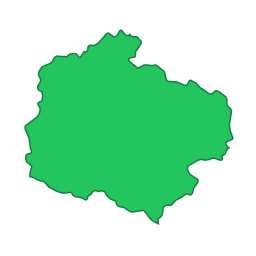 an SVG outline of Vysočina, rotated 175°
{"feature_id": "CZE-1594", "entity_name": "Vysočina", "entity_type": "Region", "adm_level": 1, "iso_a3": "CZE", "parent_name": "Czechia", "parent_adm1": "", "projection": "albers", "projection_center": [15.646, 49.41], "detail": "fine", "context": "isolated", "style": "filled", "palette": "green", "viewbox_px": 256, "rotation_deg": 175, "n_neighbors": 0, "source": "natural_earth", "source_scale": "10m", "svg_char_len": 4105}
<svg xmlns="http://www.w3.org/2000/svg" viewBox="0 0 256 256"><g transform="rotate(175 128 128)"><path d="M230.0,88.1L229.7,90.4L229.1,92.9L227.4,97.1L227.4,98.2L227.8,99.1L231.6,102.8L232.1,103.9L232.4,105.1L232.5,106.4L232.4,107.7L232.2,108.9L231.8,109.8L231.3,110.5L227.2,111.3L226.6,111.8L226.2,112.5L226.2,113.4L227.0,116.3L227.4,125.9L227.7,127.4L230.4,135.5L230.5,136.9L230.4,138.2L229.9,139.2L217.9,146.7L216.2,148.5L214.8,150.8L214.3,152.2L214.0,153.6L213.9,154.9L214.1,155.9L214.3,156.7L215.3,158.5L215.5,159.1L215.6,159.9L215.5,160.6L215.0,161.1L212.1,162.3L211.5,162.9L211.0,163.9L210.4,166.5L210.2,169.2L210.4,170.4L210.7,171.4L211.3,172.1L213.0,173.0L213.7,173.6L214.2,174.4L214.5,175.3L214.5,176.3L214.2,177.4L213.6,178.5L211.7,180.9L211.2,182.0L210.9,183.0L210.9,184.0L211.1,184.9L212.2,187.6L212.5,188.6L212.5,189.5L212.3,190.5L211.3,192.6L208.3,196.4L198.6,199.6L198.1,200.1L195.3,204.4L194.1,205.3L192.7,205.8L183.1,204.3L182.5,204.5L180.1,206.3L179.2,206.7L175.1,206.9L173.4,206.4L172.7,205.8L172.0,205.0L171.4,203.7L170.7,202.7L169.8,202.7L168.8,203.2L165.2,207.7L164.6,207.5L163.3,207.5L162.6,207.8L161.9,208.4L161.4,209.4L160.7,212.3L160.0,213.2L159.1,213.7L154.3,213.2L150.4,215.0L140.5,224.2L139.6,224.3L138.8,224.0L134.6,220.4L133.7,220.0L132.7,220.1L131.8,220.4L130.4,221.6L129.4,222.8L129.0,223.7L127.9,225.3L127.2,225.9L126.4,226.1L125.6,225.6L122.9,221.5L121.9,220.6L120.9,220.1L120.0,219.9L119.2,220.1L118.5,220.7L118.1,221.7L118.0,220.9L117.3,219.8L116.7,219.2L116.0,218.8L114.4,218.5L112.2,218.3L111.3,218.1L110.4,217.5L109.9,216.5L109.3,215.1L108.9,214.6L108.4,214.4L108.0,214.4L107.7,214.3L107.5,213.8L107.4,212.9L107.7,211.2L108.0,210.4L108.6,209.6L113.1,204.2L113.8,202.8L114.1,201.8L114.2,200.3L114.4,199.4L114.7,198.5L115.1,198.2L115.8,198.0L118.8,197.8L119.8,197.6L120.5,197.2L121.1,196.8L121.4,196.3L121.4,195.7L121.2,195.0L120.3,193.8L113.8,187.3L113.2,187.0L112.8,186.9L112.2,187.0L106.8,189.2L104.9,189.3L98.4,188.1L97.7,188.1L95.4,188.5L94.8,188.4L94.3,188.1L87.7,181.9L87.1,180.9L86.6,179.5L86.3,177.6L86.0,174.2L85.5,172.4L84.7,171.3L83.5,170.8L76.8,170.0L75.3,169.6L74.7,169.2L67.5,165.4L66.6,165.3L65.9,165.5L65.2,166.0L62.7,169.7L62.1,170.1L61.5,170.1L56.0,166.5L52.4,161.6L48.5,158.9L45.4,155.9L43.2,154.6L42.1,154.5L40.9,154.9L38.5,157.0L37.2,157.4L36.0,157.3L33.4,155.6L28.3,150.8L27.6,149.7L27.2,148.6L27.0,147.5L27.4,143.2L27.3,142.2L27.1,141.4L26.7,140.9L24.4,138.6L23.9,137.6L23.5,136.3L23.6,134.8L26.6,123.4L26.7,119.5L26.4,116.1L24.4,108.7L24.8,107.9L25.6,107.4L30.4,106.0L31.4,105.3L31.9,104.3L31.9,103.3L31.5,102.4L31.0,101.4L29.1,99.3L30.2,98.8L31.8,97.4L32.4,96.4L32.8,95.4L33.0,94.7L33.4,93.9L33.8,93.5L36.5,92.1L36.9,91.7L37.0,91.1L36.7,89.9L36.6,89.4L36.7,88.8L36.9,88.3L37.3,88.0L38.0,87.8L39.1,87.9L44.4,90.4L45.9,90.4L47.8,90.2L51.1,89.3L55.0,89.4L57.3,90.4L61.2,89.8L71.9,84.7L72.3,82.1L71.9,79.8L71.2,78.0L70.6,76.8L69.8,76.0L63.7,71.3L63.0,70.4L62.8,69.5L63.2,68.0L63.9,66.8L67.0,63.3L68.2,61.6L68.5,60.8L68.7,60.0L68.9,59.0L69.2,58.2L69.6,57.4L70.2,56.7L70.8,56.2L71.0,56.1L71.9,55.8L72.3,55.9L72.6,56.0L73.1,56.4L74.3,57.1L75.1,57.2L75.7,57.2L76.2,57.1L81.8,53.8L86.5,52.0L91.4,47.7L92.2,47.2L92.7,47.2L93.5,47.4L95.7,47.7L97.5,47.4L98.7,46.8L99.5,46.1L100.0,45.3L100.3,44.4L100.8,41.1L101.1,40.2L101.3,39.3L101.6,38.8L102.0,38.1L102.5,37.4L103.5,36.3L103.9,36.0L105.4,35.5L105.9,34.9L106.1,33.9L106.0,31.6L106.1,29.9L112.0,33.8L114.6,36.9L118.1,42.7L119.6,44.3L120.4,44.7L130.7,43.9L133.1,44.5L139.3,49.4L143.0,50.2L144.9,51.4L145.6,52.2L146.1,53.2L146.4,55.3L146.7,56.1L147.2,56.6L150.8,58.3L153.0,60.1L154.9,62.6L157.0,66.9L160.5,67.9L161.5,67.4L162.7,67.2L164.5,68.0L166.0,68.5L167.3,68.4L168.6,67.6L170.7,65.2L171.4,64.8L172.9,64.3L173.5,63.8L174.0,62.9L174.6,61.2L175.0,60.7L175.5,60.2L176.3,60.2L177.3,60.6L179.2,61.9L181.0,62.8L183.1,63.5L186.2,64.1L187.7,65.0L188.7,66.0L189.1,67.0L189.6,68.0L190.6,68.7L192.1,69.0L195.0,68.7L198.5,68.8L201.3,69.7L205.3,71.7L210.5,75.0L212.3,76.5L213.5,78.0L214.4,79.6L215.4,81.0L216.8,82.0L221.7,83.7L227.3,87.3L230.0,88.1Z" fill="#22c55e" stroke="#15803d" stroke-width="1.5"/></g></svg>